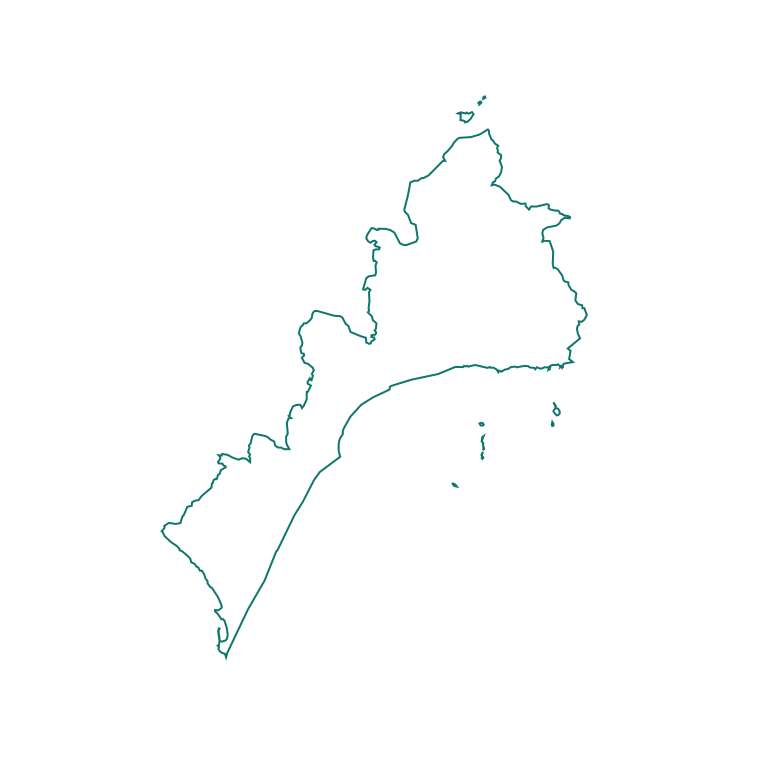 Bangka Tengah, Bangka-Belitung, Indonesia, rotated 104°
{"feature_id": "22746128B66707258567489", "entity_name": "Bangka Tengah", "entity_type": "district", "adm_level": 2, "iso_a3": "IDN", "parent_name": "Indonesia", "parent_adm1": "Bangka-Belitung", "projection": "robinson", "projection_center": [106.262, -2.433], "detail": "fine", "context": "isolated", "style": "outline", "palette": "teal", "viewbox_px": 768, "rotation_deg": 104, "n_neighbors": 0, "source": "geoboundaries", "source_scale": "gbopen_adm2", "svg_char_len": 6162}
<svg xmlns="http://www.w3.org/2000/svg" viewBox="0 0 768 768"><g transform="rotate(104 384 384)"><path d="M111.9,344.8L118.8,351.6L123.4,359.4L126.9,370.4L128.0,371.7L132.5,374.4L136.6,375.6L142.6,378.6L146.4,381.2L149.6,381.6L152.7,378.6L153.2,380.8L170.8,391.2L174.6,395.5L175.2,397.4L178.7,400.5L179.3,403.4L181.9,407.2L195.7,406.4L210.3,406.5L212.2,405.0L213.9,401.8L221.3,396.6L221.9,391.8L234.5,386.5L238.0,387.2L243.6,395.7L244.3,397.5L244.1,400.0L243.6,402.6L234.5,410.6L233.1,415.2L233.1,420.0L234.7,427.0L235.6,426.7L236.3,428.1L235.4,431.8L235.8,433.8L243.7,436.5L246.8,436.5L249.4,433.9L250.2,431.3L247.9,429.4L247.2,427.5L248.2,425.5L251.2,427.0L252.2,425.7L252.6,421.1L254.6,421.4L255.3,424.4L256.7,426.5L263.9,425.3L267.1,423.7L266.6,422.5L267.7,420.5L271.2,420.9L277.7,418.7L280.6,418.8L283.3,425.0L285.6,426.8L297.3,427.2L297.1,424.8L294.7,423.3L295.9,419.9L298.5,420.8L307.4,418.1L314.2,417.3L316.6,416.2L318.3,417.0L321.4,412.0L324.7,410.3L327.0,406.0L332.2,405.2L334.4,406.0L335.4,404.4L336.5,404.0L338.2,404.4L339.6,407.9L341.3,407.8L341.3,404.8L342.9,403.9L345.9,406.6L347.9,406.8L348.6,408.1L348.0,411.2L343.5,412.8L343.3,418.0L341.6,429.1L336.2,432.7L335.0,435.6L329.6,440.5L328.8,442.8L329.8,448.9L329.3,466.3L329.8,468.5L330.9,469.7L333.0,470.4L337.4,470.1L339.6,471.0L343.8,473.8L344.7,476.7L346.1,476.8L349.2,478.8L355.4,478.9L358.4,476.1L363.9,473.1L366.4,472.9L368.8,474.0L372.0,472.8L374.0,471.6L374.1,469.1L375.7,468.4L378.4,470.1L382.7,466.2L382.8,462.6L385.5,457.0L387.5,455.5L391.8,456.4L393.1,455.0L397.9,455.2L397.7,456.3L396.5,457.3L400.7,458.7L402.1,458.1L403.2,454.5L410.0,456.0L410.4,457.0L417.6,455.3L424.3,456.5L427.2,457.8L424.8,459.6L424.6,461.1L425.4,463.7L427.6,466.8L434.1,468.2L436.5,467.7L438.0,468.8L439.6,465.9L440.5,468.3L445.1,468.9L455.4,465.4L458.8,466.2L463.4,465.1L466.0,463.9L470.1,460.1L471.4,464.9L470.6,468.6L471.3,471.7L470.0,474.8L466.4,476.6L465.3,481.0L463.7,483.8L463.2,486.6L463.6,497.4L464.1,498.2L467.0,499.2L473.7,499.0L476.4,500.2L478.2,499.1L482.8,499.4L484.8,497.0L487.0,497.3L488.6,495.8L492.2,495.0L489.9,500.0L490.4,503.9L492.6,506.7L492.0,513.4L490.6,518.6L491.0,524.1L492.7,524.1L493.1,527.2L494.3,525.6L496.2,524.7L499.7,526.2L501.0,525.4L500.4,521.4L501.6,520.4L502.4,517.6L503.1,517.5L507.0,521.4L511.1,521.8L512.4,523.1L516.3,523.2L516.9,523.5L516.9,524.8L518.5,526.0L521.7,526.3L522.2,526.9L526.2,526.3L536.9,533.9L541.6,535.9L542.9,539.2L545.2,541.6L548.7,541.1L550.7,545.1L559.2,546.5L562.0,547.6L568.2,547.9L570.2,552.3L570.8,559.1L574.9,562.9L576.7,562.1L580.7,564.1L581.2,562.9L584.6,560.2L588.9,552.6L591.3,545.8L593.7,542.4L594.7,542.1L595.2,539.3L599.1,531.4L600.8,529.4L603.6,528.0L604.4,524.2L606.6,521.7L606.9,519.9L609.7,517.4L609.2,515.4L612.6,512.1L616.2,510.0L617.8,507.6L620.1,507.0L623.0,503.5L623.6,501.5L630.8,493.7L637.3,488.6L639.7,487.4L640.7,487.5L643.0,489.4L643.9,490.8L644.1,493.2L645.3,493.2L647.2,489.8L651.7,484.7L651.0,483.4L652.2,481.6L658.8,477.5L665.0,475.0L668.9,474.7L671.0,475.5L672.9,478.3L673.5,481.0L663.7,484.8L661.1,484.4L661.1,485.2L664.1,485.1L673.2,481.4L677.0,481.0L678.1,482.1L679.0,480.5L680.9,480.6L682.9,478.9L683.9,476.8L684.4,473.0L687.4,471.1L682.7,471.0L635.3,461.4L603.6,452.3L572.1,448.0L571.4,447.2L532.7,439.1L518.1,434.3L493.8,428.6L484.8,424.9L465.2,408.9L459.6,411.9L452.5,413.6L447.9,413.6L442.3,411.8L440.3,412.6L436.8,412.3L424.0,408.8L409.7,401.1L399.5,391.3L388.1,377.3L385.3,377.6L384.1,376.5L373.1,358.3L361.3,334.0L350.3,319.1L348.4,311.2L347.0,310.8L347.2,309.1L346.3,307.6L346.8,306.5L343.5,300.2L343.3,287.3L341.9,285.4L342.4,284.4L341.7,281.8L342.7,278.1L344.8,276.1L343.3,275.9L343.8,274.4L343.1,273.7L343.4,272.7L340.9,270.4L339.4,267.2L337.1,265.3L335.4,261.1L335.7,259.2L332.6,252.5L331.8,248.4L332.7,246.7L332.1,242.2L333.1,240.8L330.8,239.8L331.3,236.2L330.9,234.8L328.9,232.2L328.4,229.3L327.2,227.7L330.6,227.9L329.8,227.0L329.6,227.6L327.9,226.7L326.4,227.1L324.8,225.4L323.8,221.2L322.8,220.0L323.6,218.8L323.6,217.1L325.2,217.1L324.1,216.2L325.2,215.2L323.8,215.1L325.1,214.2L322.6,215.0L320.8,214.4L317.0,206.0L315.1,210.4L306.7,211.0L305.1,214.3L292.3,204.8L288.2,208.1L283.9,210.1L280.9,210.2L279.0,208.9L276.1,210.2L275.9,207.3L273.3,205.2L268.0,203.9L262.0,207.9L262.5,209.7L259.7,210.8L259.5,215.3L256.5,218.6L249.6,219.3L248.2,221.5L247.2,225.1L243.5,228.8L240.7,229.8L240.8,233.3L239.9,234.9L235.8,237.2L230.5,243.3L229.8,246.5L230.4,247.5L226.8,249.3L214.5,251.9L205.3,257.8L206.5,264.4L207.4,264.3L207.6,264.9L203.5,264.6L199.4,266.9L196.0,266.8L192.8,263.9L188.5,255.0L185.8,252.7L182.2,251.7L179.0,248.9L178.3,243.8L177.1,243.7L176.5,245.6L176.8,251.0L175.9,252.2L176.2,254.2L174.1,256.1L173.7,257.5L174.4,260.2L174.4,265.5L173.6,266.9L170.9,267.1L170.1,268.1L170.2,269.8L175.0,279.1L176.1,284.2L179.7,285.5L177.2,289.4L174.7,290.4L176.1,294.8L175.0,299.9L175.6,303.1L174.8,305.4L170.4,308.9L164.5,319.3L163.8,325.2L165.1,327.5L161.9,327.1L160.5,325.3L157.3,325.0L155.0,322.7L150.1,321.6L144.8,322.0L139.4,325.8L136.7,325.1L133.7,325.6L131.9,329.8L130.4,329.8L127.5,331.4L125.2,330.8L123.9,334.5L121.1,337.5L120.7,338.9L115.8,342.5L112.8,343.5L111.9,344.8ZM106.2,364.3L100.7,362.4L98.9,364.4L101.3,367.4L100.7,369.6L101.8,370.3L101.8,375.1L102.8,375.4L102.7,376.8L103.6,377.8L103.6,374.8L109.5,373.6L109.2,371.5L109.7,368.3L110.3,368.4L109.4,366.5L106.2,364.3ZM372.1,207.4L369.7,206.4L367.9,207.0L365.8,209.2L365.9,211.5L363.6,212.1L360.8,215.2L364.5,212.1L366.4,212.0L368.9,213.1L370.0,212.6L372.7,209.1L372.1,207.4ZM399.2,281.8L400.8,280.2L400.5,278.1L399.3,277.4L398.1,278.6L398.0,280.0L399.2,281.8ZM464.2,293.3L466.0,291.1L465.9,288.5L464.4,290.4L463.7,292.9L464.2,293.3ZM383.4,209.6L381.8,209.8L380.1,211.5L383.0,211.4L384.1,210.5L383.4,209.6ZM89.9,359.1L87.6,357.6L86.6,358.3L87.0,359.5L88.1,359.6L88.4,361.3L88.5,359.9L89.9,359.1ZM416.0,275.4L418.4,272.6L415.5,275.4L410.4,274.7L411.7,275.8L416.0,275.4ZM432.9,270.5L431.4,269.8L429.6,271.9L425.8,271.7L429.3,272.3L431.3,270.7L432.3,271.3L432.9,270.5ZM424.4,272.0L422.7,271.1L418.2,273.7L422.9,271.7L424.4,272.0ZM83.3,356.7L81.7,354.9L80.6,355.8L81.7,357.0L83.3,356.7Z" fill="none" stroke="#0f766e" stroke-width="2"/></g></svg>